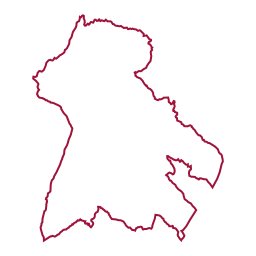 Moniquira, Boyacá, Colombia (Robinson projection)
{"feature_id": "7082276B18145411913981", "entity_name": "Moniquira", "entity_type": "district", "adm_level": 2, "iso_a3": "COL", "parent_name": "Colombia", "parent_adm1": "Boyacá", "projection": "robinson", "projection_center": [-73.547, 5.87], "detail": "fine", "context": "isolated", "style": "outline", "palette": "rose", "viewbox_px": 256, "rotation_deg": 0, "n_neighbors": 0, "source": "geoboundaries", "source_scale": "gbopen_adm2", "svg_char_len": 5759}
<svg xmlns="http://www.w3.org/2000/svg" viewBox="0 0 256 256"><path d="M181.2,240.3L181.5,239.6L183.6,237.4L184.4,235.6L182.5,232.3L181.4,230.9L183.0,230.2L186.3,226.2L190.0,219.8L196.2,210.1L194.4,207.6L192.7,206.1L191.0,203.5L188.1,202.0L186.9,200.7L184.7,199.2L183.7,196.0L183.3,193.8L181.4,191.4L178.4,189.3L176.4,187.0L175.3,184.8L172.5,182.8L171.1,180.8L169.8,180.4L169.1,179.3L168.4,177.2L167.7,176.2L166.2,175.1L168.9,172.8L169.6,172.6L171.7,173.5L172.7,174.4L173.1,174.3L173.6,174.0L174.2,173.0L174.7,171.2L174.4,168.7L172.3,164.7L171.6,164.2L170.7,162.8L170.2,160.7L169.2,160.7L167.4,158.6L167.2,156.1L168.1,156.1L170.1,157.6L172.6,158.8L173.5,159.6L174.5,159.7L175.5,160.3L177.0,160.2L178.1,159.2L180.0,161.8L180.5,161.6L180.7,160.7L181.2,160.1L183.1,161.5L183.7,162.6L186.0,164.6L187.1,164.8L187.8,164.4L187.9,166.6L188.9,166.4L189.7,166.9L190.8,166.1L191.0,169.2L189.5,170.8L189.1,171.8L189.0,173.7L189.4,175.9L191.7,176.8L193.2,176.7L195.0,177.0L196.5,178.3L197.6,178.6L198.6,179.4L199.2,179.3L199.7,178.4L200.6,178.3L203.9,179.2L206.4,179.4L208.1,181.9L210.0,183.8L212.5,187.4L217.2,178.8L219.7,172.2L221.7,163.9L222.8,161.6L222.7,159.8L221.8,155.4L221.1,154.3L220.5,154.0L219.0,152.5L217.9,149.3L215.1,146.6L210.4,143.6L209.2,143.0L208.2,143.0L206.6,141.8L204.5,141.4L203.8,139.9L202.7,139.9L201.7,137.0L200.0,135.4L198.8,135.3L198.2,134.9L196.5,132.9L194.7,130.0L193.2,128.7L192.7,127.8L191.8,127.2L191.8,126.3L190.3,125.3L189.4,125.5L187.7,126.3L184.3,126.2L183.4,124.7L181.7,124.0L181.2,122.2L177.2,120.5L177.0,118.1L176.0,117.5L175.6,116.7L176.1,115.6L177.2,114.7L177.2,112.9L176.7,112.6L174.9,112.1L174.4,111.0L173.4,111.0L173.2,110.2L173.4,109.0L173.9,108.6L174.6,106.6L174.6,105.7L174.0,103.9L174.6,102.5L174.4,101.2L173.8,101.0L172.4,103.4L171.5,104.2L171.0,104.2L170.1,102.8L169.3,102.5L168.8,101.9L168.7,99.6L168.1,97.5L163.7,97.7L162.5,98.7L160.5,99.4L159.4,99.2L158.2,100.1L157.3,100.0L154.8,98.7L154.8,97.3L153.7,96.1L153.3,94.7L153.1,92.9L151.9,90.7L150.3,89.1L148.2,88.2L147.4,87.1L146.8,85.8L146.6,85.5L146.1,85.8L145.0,84.6L143.3,82.2L143.0,81.3L140.5,78.5L137.0,77.1L136.1,76.0L135.5,75.8L135.4,74.2L134.7,72.5L135.5,72.1L136.5,72.6L138.7,71.1L141.1,71.2L143.8,69.0L145.7,68.1L146.4,67.5L146.6,66.5L148.3,63.7L150.5,61.0L151.3,56.2L150.7,52.3L150.9,51.3L152.1,50.0L151.6,48.8L151.6,48.3L152.2,47.7L151.6,47.3L151.5,46.5L150.7,45.3L149.9,44.4L148.5,43.7L148.4,43.1L148.7,42.1L150.6,41.2L151.1,40.2L151.0,39.8L149.3,39.1L146.6,35.4L143.6,36.0L143.7,33.9L140.1,30.4L139.4,30.3L138.0,30.8L136.0,29.4L134.1,29.2L132.6,28.6L131.7,29.1L130.1,28.5L129.1,29.0L128.0,29.1L126.9,27.6L123.9,28.0L121.0,26.0L119.3,26.3L117.8,25.9L116.1,25.8L115.0,25.3L113.6,24.0L112.7,24.0L111.4,21.8L110.4,21.3L107.5,21.3L105.8,19.7L104.5,21.1L103.9,21.1L101.8,20.3L100.4,21.1L100.0,20.8L99.3,19.4L98.7,19.6L98.3,20.6L96.8,20.9L95.8,19.8L95.1,19.6L94.3,20.2L93.3,22.6L92.6,22.6L91.5,22.0L90.8,22.1L90.2,22.8L89.3,24.5L88.6,24.6L88.3,23.9L87.7,23.7L85.7,25.7L85.0,25.7L84.2,24.7L84.8,22.0L84.4,19.8L83.7,18.4L83.9,16.0L83.2,15.4L82.2,15.6L81.0,17.3L80.5,17.4L79.9,17.0L79.7,19.1L79.0,21.2L77.5,21.9L76.6,23.0L76.4,25.6L75.8,27.5L72.9,32.0L71.6,36.9L69.5,40.3L69.2,43.8L67.1,48.0L66.0,49.3L64.9,49.9L64.4,52.3L62.3,54.0L59.6,55.5L59.1,56.2L56.3,58.6L55.4,58.5L54.5,57.9L53.4,59.8L52.7,60.4L51.5,60.4L50.3,59.8L48.9,60.2L48.1,60.8L46.3,63.0L45.6,65.9L43.8,70.0L41.9,71.6L41.4,71.6L39.8,71.0L39.1,71.1L37.7,72.8L36.7,76.3L35.5,76.9L33.4,76.7L33.2,78.6L35.9,80.8L38.2,83.5L38.4,84.2L37.5,86.8L38.2,88.8L39.1,89.8L38.2,90.9L37.4,92.5L37.1,94.5L37.9,95.5L38.1,96.3L39.4,97.6L42.8,98.2L43.3,98.8L44.4,98.9L45.6,100.2L46.9,100.2L48.1,101.3L50.1,101.8L50.4,102.5L52.1,102.7L53.8,103.2L58.6,105.4L60.2,106.4L61.1,107.5L61.2,108.9L63.6,112.9L66.7,116.3L69.6,123.8L70.6,124.9L71.1,126.3L72.3,128.3L72.2,129.3L70.8,134.7L68.6,139.8L68.1,142.1L67.0,145.3L64.5,149.7L64.1,153.9L62.3,158.0L62.3,158.7L61.3,160.7L60.1,164.5L56.4,172.4L54.2,176.2L53.5,178.5L51.8,180.4L50.8,183.9L50.4,191.3L49.4,192.4L48.0,193.3L47.6,196.3L47.0,197.4L46.3,197.7L46.0,198.9L45.9,199.3L46.7,199.7L47.1,201.8L46.6,202.5L46.6,203.6L46.2,204.5L46.4,205.7L46.2,206.5L45.9,209.5L45.2,210.7L44.4,211.2L42.5,218.9L42.3,222.5L41.5,223.4L41.4,225.3L40.6,227.1L40.9,229.3L42.5,235.0L43.8,237.4L43.9,240.6L50.4,236.4L51.4,236.4L52.3,235.8L54.9,236.6L56.9,235.4L57.4,234.7L58.8,234.4L60.4,232.3L62.0,231.2L62.6,230.5L64.1,229.6L66.1,229.5L67.2,228.5L68.8,227.6L69.6,226.3L70.1,226.3L71.6,225.3L72.0,224.7L72.3,224.7L72.4,224.2L73.2,224.3L73.6,223.5L74.8,222.6L76.2,222.2L76.7,221.2L77.6,220.9L77.8,220.3L79.2,220.5L80.1,219.5L80.4,220.1L81.3,220.0L81.7,220.5L83.8,220.9L84.5,221.6L85.2,221.4L84.9,222.9L85.4,223.6L87.1,223.3L89.0,223.8L89.1,224.4L88.2,224.9L89.5,225.6L90.5,226.9L90.9,227.3L91.2,227.2L93.1,224.3L93.2,223.5L92.9,222.5L91.2,220.7L91.3,219.8L91.7,219.3L93.3,218.7L94.0,218.1L94.7,216.9L94.9,214.0L96.2,212.5L97.6,211.8L98.5,209.0L98.1,206.8L98.4,206.8L100.5,207.1L101.0,208.1L102.5,208.5L103.4,209.7L104.3,210.0L105.2,211.2L105.9,211.6L107.2,211.7L107.4,212.3L108.7,213.3L108.9,214.6L109.9,215.8L110.2,216.8L111.8,219.0L116.5,219.5L118.0,220.1L120.7,220.3L123.4,221.5L125.4,224.2L125.8,225.3L128.4,227.7L130.0,227.5L132.2,230.0L133.5,230.0L135.1,230.6L135.2,230.1L135.7,229.6L136.0,228.4L137.1,227.9L137.8,227.2L139.7,227.1L140.5,226.7L141.4,226.8L142.0,227.3L142.7,229.2L143.2,229.5L144.2,229.0L146.4,229.0L149.2,228.0L151.3,228.7L152.3,227.0L152.4,225.4L154.8,218.6L155.5,214.8L159.5,215.5L161.1,216.6L162.2,218.1L163.4,218.7L163.6,220.0L164.9,221.9L165.7,222.2L166.7,223.6L168.6,224.9L169.2,226.2L171.8,226.3L172.5,225.9L172.9,226.2L173.2,228.0L175.4,228.3L176.2,229.0L178.3,232.0L177.7,234.5L177.8,235.6L179.7,238.6L181.2,240.3Z" fill="none" stroke="#9f1239" stroke-width="2"/></svg>